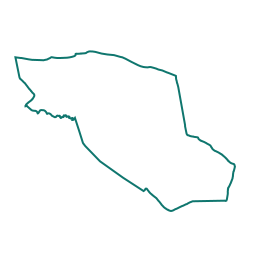 Jangamo, Inhambane, Mozambique (Equal Earth projection), rotated 260°
{"feature_id": "85939544B63223307878319", "entity_name": "Jangamo", "entity_type": "district", "adm_level": 2, "iso_a3": "MOZ", "parent_name": "Mozambique", "parent_adm1": "Inhambane", "projection": "equal_earth", "projection_center": [35.229, -24.157], "detail": "fine", "context": "isolated", "style": "outline", "palette": "teal", "viewbox_px": 256, "rotation_deg": 260, "n_neighbors": 0, "source": "geoboundaries", "source_scale": "gbopen_adm2", "svg_char_len": 5666}
<svg xmlns="http://www.w3.org/2000/svg" viewBox="0 0 256 256"><g transform="rotate(260 128 128)"><path d="M167.3,30.8L167.4,31.1L167.3,31.8L167.3,32.3L166.5,32.7L166.1,33.1L162.6,35.9L162.1,36.5L161.7,37.2L161.2,38.8L161.1,39.5L160.7,40.3L160.2,40.9L159.5,41.3L158.1,41.6L158.1,42.0L158.3,42.3L158.5,42.4L158.7,42.7L158.9,42.8L159.2,43.2L159.4,43.3L159.7,43.7L160.0,43.9L160.7,44.7L160.7,46.0L160.3,47.3L160.1,48.2L159.2,49.3L158.1,50.0L157.5,50.3L156.2,50.6L156.0,50.8L156.3,51.4L156.3,52.0L155.9,53.2L155.3,53.9L154.6,54.5L153.7,55.0L153.1,55.4L152.7,56.0L152.3,56.6L152.0,56.9L151.4,57.7L151.3,58.7L151.6,59.3L152.1,59.7L152.4,60.3L152.4,60.9L152.0,61.4L151.9,62.0L152.0,62.5L151.8,62.9L151.3,63.0L150.8,62.9L150.5,63.0L149.6,63.5L149.6,64.1L149.9,64.5L150.3,64.9L150.3,65.3L150.1,65.6L150.0,66.2L150.3,66.6L151.2,66.7L151.5,67.0L151.3,67.4L151.1,67.5L151.0,67.8L151.1,68.3L151.4,68.5L151.3,69.0L151.0,69.2L150.7,69.3L150.4,69.6L150.2,69.7L149.8,69.4L149.6,69.6L149.8,70.7L149.8,71.2L149.8,71.4L149.5,71.9L149.3,72.2L149.0,72.2L148.9,72.1L148.9,71.7L148.6,71.6L148.2,71.7L148.0,72.1L148.0,72.5L147.8,72.7L147.4,73.0L147.2,73.4L147.2,73.5L147.5,74.4L147.5,75.0L147.4,75.1L147.3,75.3L146.9,75.6L146.4,75.3L145.9,74.6L145.6,74.5L145.5,74.9L145.5,75.3L145.7,75.9L146.0,76.1L146.3,76.8L146.9,77.3L147.1,77.5L132.8,79.5L121.3,81.0L120.4,81.3L120.2,81.5L119.7,81.7L117.6,82.8L100.0,94.7L79.8,114.6L63.2,132.4L63.9,133.7L64.4,134.1L65.0,134.6L65.2,134.9L65.2,135.2L65.0,135.8L64.5,136.1L64.3,136.3L63.2,136.7L62.7,137.1L61.5,137.6L61.2,137.9L60.7,138.1L60.0,138.6L59.8,138.7L59.3,139.1L59.1,139.3L58.8,139.6L58.3,139.9L58.1,140.2L57.8,140.3L57.3,140.8L57.0,141.1L56.7,141.2L56.4,141.6L56.2,141.7L55.9,142.0L55.4,142.4L55.2,142.7L54.3,143.4L54.1,143.7L50.9,145.4L50.1,146.0L49.1,146.5L48.6,146.8L47.6,147.3L47.3,147.5L47.1,147.5L46.5,147.8L44.9,148.9L44.2,149.3L43.6,149.7L43.4,150.0L42.5,150.7L42.4,150.9L42.1,151.3L41.4,151.8L41.1,152.3L40.9,152.5L40.6,153.1L40.3,153.2L40.2,153.5L39.9,153.7L39.8,154.1L39.6,154.4L39.4,154.6L38.9,155.6L38.8,156.2L38.8,156.9L38.9,157.2L38.9,157.5L39.1,158.5L39.6,159.8L39.9,160.8L39.9,161.1L40.2,162.4L41.0,165.0L41.5,166.8L41.6,167.3L41.8,167.8L41.8,168.1L41.9,168.8L42.8,171.8L42.8,172.1L42.8,172.5L43.1,173.4L43.4,174.0L44.1,176.3L44.2,177.0L44.5,178.4L44.6,179.0L39.6,210.8L39.3,211.1L39.3,211.7L39.4,212.3L40.6,213.0L45.4,214.7L46.0,214.9L46.3,214.9L46.8,215.0L47.0,215.1L47.5,215.1L48.0,215.2L48.3,215.3L48.6,215.3L49.0,215.5L49.7,215.7L50.1,215.7L50.3,215.9L50.8,215.9L51.2,216.2L51.5,216.2L51.7,216.5L52.0,216.6L52.6,217.3L52.9,217.4L53.7,218.1L54.0,218.3L54.7,218.7L56.0,219.7L56.7,220.0L57.0,220.3L57.8,220.7L58.0,220.9L58.5,221.1L58.7,221.3L59.3,221.6L59.5,221.8L60.5,222.3L60.8,222.4L61.0,222.4L61.7,222.7L61.9,222.8L62.4,223.0L62.7,223.0L63.2,223.2L63.5,223.2L64.3,223.5L64.6,223.5L65.0,223.7L66.5,224.2L66.9,224.4L67.1,224.7L67.7,224.9L68.0,225.1L71.4,226.6L71.7,226.5L73.0,226.5L73.8,226.2L74.1,226.0L74.3,225.6L74.4,225.3L74.6,225.1L75.0,224.2L75.3,223.7L75.7,223.3L75.8,223.0L76.1,222.8L76.6,222.3L76.9,222.1L77.2,221.8L77.4,221.7L77.7,221.4L78.0,221.3L78.1,221.0L79.0,220.7L79.2,220.4L79.8,220.2L80.1,220.0L80.4,219.8L80.7,219.6L80.9,219.5L81.1,219.2L81.5,219.1L82.2,218.5L82.4,218.4L83.5,217.5L83.9,217.2L84.1,216.9L84.4,216.8L84.8,216.5L85.0,216.2L85.3,216.1L85.7,215.6L86.0,215.5L86.3,214.9L86.7,214.5L86.9,214.4L87.0,214.1L87.9,213.2L88.9,211.9L89.0,211.7L89.9,210.5L90.1,210.2L90.4,209.6L90.9,209.1L91.6,208.4L91.9,208.2L92.6,207.6L93.6,207.2L93.8,207.2L94.1,207.1L94.4,206.8L94.9,206.7L95.2,206.5L95.4,206.5L96.4,206.1L96.6,205.9L97.2,205.3L97.5,205.0L97.7,204.6L97.9,204.4L99.0,203.0L99.3,202.7L99.7,202.3L99.8,202.1L100.9,200.7L101.1,200.4L101.3,200.1L101.9,199.1L102.0,198.9L102.2,198.7L102.4,198.4L102.4,198.2L102.9,197.4L103.2,197.3L103.3,197.0L104.8,195.7L105.4,195.5L106.4,195.3L106.6,195.0L106.8,194.7L107.0,194.1L107.5,192.5L107.8,191.6L107.9,191.3L108.3,190.7L108.4,190.0L109.1,188.2L109.8,186.9L110.1,186.7L110.4,186.1L110.6,185.4L111.5,184.9L112.0,184.8L112.2,184.7L119.7,184.5L121.0,184.7L159.4,184.6L161.0,184.5L161.8,184.4L162.5,184.4L163.0,184.3L163.3,184.2L163.8,184.2L164.1,184.1L165.0,184.1L165.3,184.1L166.0,184.1L166.3,184.0L167.9,183.9L169.2,184.0L169.4,184.1L171.0,184.2L171.6,183.3L175.7,176.6L175.7,176.4L178.7,171.8L179.4,170.2L180.3,168.1L181.6,166.1L182.9,163.5L184.1,160.9L184.3,159.8L184.3,157.8L184.9,155.4L185.4,153.8L186.6,151.2L188.2,148.7L192.4,143.0L196.7,137.5L198.1,135.4L198.5,134.9L199.4,132.7L202.2,126.9L204.0,120.4L205.8,115.2L205.9,114.9L208.6,109.1L209.5,106.4L210.1,103.6L210.1,102.6L209.7,100.8L209.1,99.5L209.1,98.6L209.2,97.3L209.5,94.8L209.4,94.8L209.8,91.3L210.1,90.2L210.1,89.5L209.9,89.2L209.2,89.1L208.9,89.0L208.2,88.0L208.0,87.0L207.8,85.2L207.7,82.8L207.8,80.2L208.8,72.7L209.2,70.5L210.0,67.8L210.9,65.4L211.0,64.9L210.9,64.4L210.4,63.3L209.9,61.3L209.6,60.6L209.5,59.7L209.5,58.5L209.4,56.5L210.1,53.4L210.9,49.6L211.8,45.3L212.9,42.0L215.4,35.3L215.7,34.0L216.5,31.5L216.8,30.4L217.1,29.8L217.2,29.4L197.0,29.9L195.8,30.1L195.3,30.3L195.1,30.5L194.8,30.6L194.6,30.9L193.6,31.6L193.4,31.8L193.0,32.1L192.7,32.3L192.2,32.6L192.0,32.8L191.0,33.4L190.5,33.9L190.0,34.2L189.7,34.5L189.1,34.7L187.4,35.6L186.1,36.3L185.5,36.5L185.3,36.7L183.6,37.5L183.4,37.8L183.1,37.9L182.8,38.1L181.5,38.9L181.2,38.9L181.0,39.1L180.8,39.3L179.5,39.9L178.4,40.8L178.2,40.9L177.9,41.1L177.4,41.4L176.4,41.4L175.9,41.3L175.0,40.7L173.1,39.0L172.9,38.8L172.8,38.3L172.4,38.1L172.1,37.4L171.9,37.3L171.3,36.0L171.0,35.5L170.4,34.2L170.1,33.9L169.8,33.3L169.3,32.5L168.9,31.9L168.4,31.5L168.1,31.4L167.5,30.8L167.3,30.8Z" fill="none" stroke="#0f766e" stroke-width="2"/></g></svg>